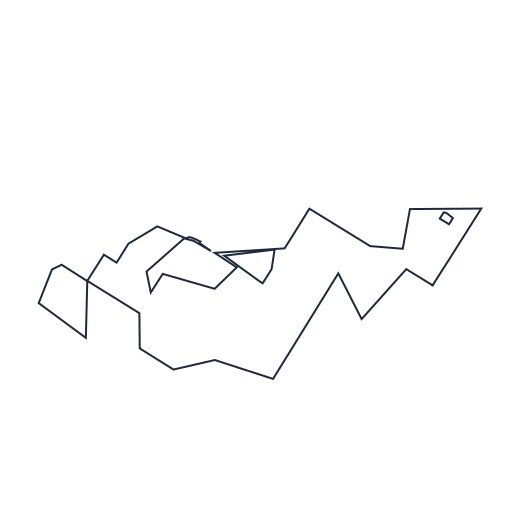 outline of Broomfield, Colorado, United States of America, rotated 32°
{"feature_id": "52423323B97588721690601", "entity_name": "Broomfield", "entity_type": "district", "adm_level": 2, "iso_a3": "USA", "parent_name": "United States of America", "parent_adm1": "Colorado", "projection": "albers", "projection_center": [-105.062, 39.967], "detail": "fine", "context": "isolated", "style": "outline", "palette": "slate", "viewbox_px": 512, "rotation_deg": 32, "n_neighbors": 0, "source": "geoboundaries", "source_scale": "gbopen_adm2", "svg_char_len": 872}
<svg xmlns="http://www.w3.org/2000/svg" viewBox="0 0 512 512"><g transform="rotate(32 256 256)"><path d="M421.5,187.3L421.5,187.1L421.3,187.2L421.6,156.9L421.9,96.4L361.7,134.6L376.6,172.1L347.6,187.1L276.2,187.6L276.3,216.3L276.2,234.4L219.3,275.2L245.7,275.9L238.3,305.7L186.4,320.6L186.1,342.7L171.4,327.2L186.0,278.4L156.6,283.2L141.3,313.2L141.3,335.5L126.3,335.5L126.1,366.7L95.8,366.4L90.1,375.5L96.7,411.1L155.1,415.6L126.1,366.5L187.4,366.3L206.4,396.0L246.2,396.0L276.1,366.1L335.6,351.2L335.0,227.1L379.0,253.5L390.4,187.5L421.5,187.3ZM268.4,240.7L276.2,258.9L276.1,275.6L272.4,275.6L228.9,272.6L268.4,240.7ZM392.0,126.9L392.1,119.5L395.0,118.6L402.9,119.5L402.9,126.8L392.0,126.9ZM186.5,278.9L195.2,276.2L215.2,275.6L201.2,275.0L201.2,273.2L200.6,273.4L196.2,273.7L190.4,274.9L189.4,275.4L186.5,278.9Z" fill="none" stroke="#1e293b" stroke-width="2"/></g></svg>